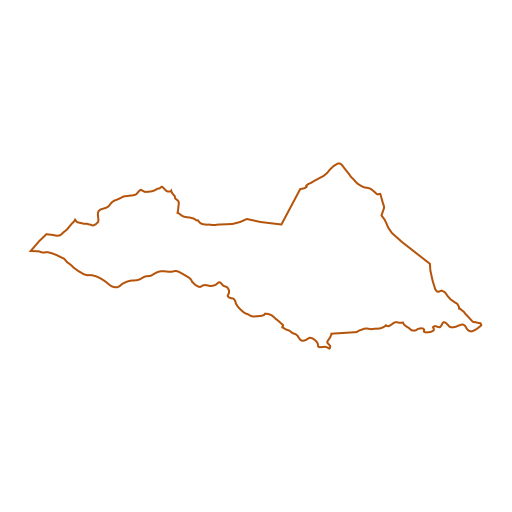 Ti Rocher, Micoud, Saint Lucia (Mercator projection)
{"feature_id": "8701671B31259394762981", "entity_name": "Ti Rocher", "entity_type": "district", "adm_level": 2, "iso_a3": "LCA", "parent_name": "Saint Lucia", "parent_adm1": "Micoud", "projection": "mercator", "projection_center": [-60.927, 13.818], "detail": "fine", "context": "isolated", "style": "outline", "palette": "amber", "viewbox_px": 512, "rotation_deg": 0, "n_neighbors": 0, "source": "geoboundaries", "source_scale": "gbopen_adm2", "svg_char_len": 6035}
<svg xmlns="http://www.w3.org/2000/svg" viewBox="0 0 512 512"><path d="M192.1,281.9L192.9,282.4L193.5,283.2L196.2,285.5L198.8,286.8L199.7,286.9L200.6,286.8L202.8,285.5L203.7,285.2L204.5,285.1L206.7,285.2L209.5,285.9L211.2,286.0L213.8,285.5L215.1,285.0L216.1,284.5L218.1,282.8L218.9,282.4L219.5,282.2L220.3,282.6L221.6,283.8L222.2,284.6L223.4,285.8L226.5,286.9L227.3,287.5L228.0,288.3L228.5,289.3L229.0,290.4L229.0,292.0L228.9,293.1L227.8,295.3L227.8,296.2L228.1,296.6L228.8,297.3L229.4,297.6L230.5,298.0L231.4,298.3L232.3,298.3L233.1,298.6L233.6,298.9L234.5,299.8L235.1,300.8L235.7,302.5L235.8,303.5L236.9,305.0L237.4,306.1L239.1,308.1L240.7,309.7L243.9,312.5L245.1,313.2L246.2,313.7L247.2,314.0L248.6,314.6L249.6,315.3L250.9,315.9L252.0,316.3L253.0,316.4L254.6,316.5L261.6,315.8L263.2,315.3L264.1,314.9L264.6,314.3L265.0,313.7L267.8,313.9L271.1,315.0L271.9,315.4L272.3,315.9L273.7,316.9L275.9,319.1L276.9,319.7L278.7,321.2L280.9,323.2L283.0,325.0L283.1,325.6L282.2,327.1L282.5,327.4L286.5,329.7L288.3,330.2L290.2,331.2L291.4,332.3L293.5,333.6L293.9,333.5L295.2,334.0L296.3,334.7L297.5,335.7L299.7,339.1L300.2,339.7L300.6,340.0L301.4,340.5L302.1,340.7L302.9,340.7L304.2,340.6L306.0,339.9L308.7,338.2L309.6,337.8L310.4,337.8L312.4,338.4L313.5,339.0L315.2,340.3L316.1,341.2L317.1,342.4L317.5,343.1L317.8,344.0L318.2,346.5L318.9,347.1L321.8,347.1L324.3,346.8L325.6,346.9L327.2,347.4L329.4,348.6L329.8,348.1L330.2,347.2L330.2,346.3L330.1,345.9L329.3,344.9L327.5,343.0L327.3,342.4L327.3,341.8L327.6,341.1L328.5,339.7L330.1,337.5L331.3,334.7L331.4,333.7L356.6,332.1L357.8,331.3L359.7,330.3L362.3,329.5L364.1,328.7L366.7,328.5L371.0,329.2L375.2,328.7L378.9,328.6L380.9,328.2L383.3,327.2L385.5,325.9L385.9,325.3L386.7,325.9L387.5,326.1L388.3,326.2L388.8,326.1L390.0,325.5L391.0,324.9L394.0,322.7L395.4,322.3L396.7,322.2L399.0,322.7L400.1,322.8L400.9,322.8L402.9,322.5L403.1,322.8L403.4,323.5L403.8,324.2L404.6,325.1L406.4,326.5L408.9,328.0L411.3,330.1L412.2,330.4L414.1,330.6L415.6,330.4L417.2,329.4L418.1,328.9L420.3,328.4L421.4,328.3L422.3,328.4L423.0,328.6L423.6,329.0L424.0,329.5L424.1,330.3L423.9,331.4L424.1,331.8L424.9,332.2L425.5,332.3L427.9,332.3L429.7,332.1L430.9,331.8L432.1,331.3L433.0,330.8L433.8,330.0L433.9,329.2L433.0,327.2L433.9,326.5L434.4,326.3L434.9,326.1L435.6,326.2L438.8,327.2L439.9,327.2L440.9,326.3L442.4,323.5L443.0,322.7L443.4,322.3L443.8,322.2L444.6,322.3L445.9,323.0L448.1,325.1L448.8,326.0L449.5,326.7L449.9,326.8L451.4,327.3L452.9,327.3L454.3,327.1L456.2,326.6L457.5,326.0L461.2,324.7L462.1,324.5L463.1,324.6L464.4,325.3L465.1,325.9L466.5,328.3L467.9,330.1L469.0,330.8L470.1,331.2L471.1,331.4L471.6,331.4L472.2,331.2L473.7,330.6L476.4,329.2L479.7,326.7L481.3,325.2L480.6,323.3L476.7,322.6L475.5,322.1L473.6,322.1L472.4,321.4L468.3,316.9L465.4,313.9L463.9,311.9L462.0,310.4L460.3,308.9L459.1,308.7L458.9,306.7L457.2,303.7L455.0,302.5L450.7,299.5L447.8,296.3L445.6,293.1L444.2,291.8L441.5,290.6L438.4,291.8L436.7,291.3L435.2,289.1L432.6,280.7L430.4,270.7L429.9,263.8L402.2,242.2L391.9,233.0L388.3,227.8L386.3,223.1L384.6,219.6L381.5,215.5L384.1,207.8L383.9,206.0L382.8,202.8L381.2,197.1L380.5,194.5L380.0,193.8L378.0,194.3L377.5,194.3L376.9,194.1L375.5,192.9L374.6,192.0L372.7,190.4L370.9,189.0L369.8,188.5L367.8,187.9L364.9,187.5L364.1,187.3L361.6,186.2L357.9,183.9L356.1,182.3L353.7,179.5L351.2,177.1L350.2,175.8L349.3,174.4L347.7,172.4L344.2,168.0L342.9,166.2L341.9,165.0L341.2,164.3L340.3,163.7L339.3,163.5L338.6,163.4L337.7,163.6L334.6,165.4L333.3,166.3L330.9,168.6L329.5,170.0L327.4,172.7L325.5,174.3L323.8,175.8L314.9,180.5L310.9,182.9L308.0,184.2L306.2,185.7L306.3,186.5L306.6,186.7L306.5,187.0L305.3,187.7L304.4,188.2L302.8,188.6L300.2,189.1L281.4,224.5L260.5,222.0L246.9,219.0L240.1,222.0L232.4,224.0L217.5,224.6L215.6,225.0L214.7,225.0L212.0,225.0L209.7,224.6L208.6,224.6L207.6,224.7L205.2,224.5L203.5,224.3L202.4,224.0L201.2,223.6L199.6,222.5L198.5,221.1L198.1,220.4L196.9,220.4L196.2,220.2L194.5,219.0L193.6,218.5L192.0,218.1L190.1,217.6L186.1,217.1L183.9,216.7L181.6,215.5L179.2,213.6L177.5,212.9L178.1,210.4L178.3,207.4L178.8,203.7L178.8,202.6L178.6,201.9L178.1,200.9L177.8,200.5L175.5,198.7L175.2,198.3L174.9,197.6L174.8,196.2L173.2,194.5L172.3,193.2L171.4,191.7L171.2,190.7L170.8,191.2L170.3,191.4L169.7,191.5L167.8,191.5L166.7,191.1L165.8,190.4L163.0,187.5L162.3,186.9L161.6,186.8L159.7,188.2L159.0,188.5L157.3,188.8L155.3,190.0L154.0,190.6L152.8,191.0L151.2,191.4L146.8,191.9L145.0,191.9L144.0,191.5L141.5,190.1L141.1,189.9L140.5,189.9L139.1,191.0L136.6,193.9L136.1,194.3L135.6,194.6L134.8,194.9L132.7,195.4L130.0,195.6L127.7,196.0L124.3,196.3L123.4,196.6L119.6,198.5L116.4,199.9L114.5,200.5L112.7,201.7L111.8,202.4L110.7,203.6L109.3,205.5L107.8,206.9L106.0,207.8L100.5,209.5L99.0,210.7L98.5,211.3L98.2,212.1L97.9,213.2L97.9,214.0L97.9,215.1L98.4,219.5L98.4,220.6L98.3,221.3L98.0,222.1L97.7,222.4L96.2,223.8L95.8,224.2L93.8,225.3L92.7,225.5L92.1,225.3L90.6,224.7L88.6,224.3L87.0,223.8L86.3,223.7L85.3,223.8L84.2,223.8L77.6,222.3L77.0,222.0L76.5,221.6L75.1,219.7L74.3,221.2L71.5,224.0L67.5,228.9L66.7,229.8L63.0,232.7L62.0,233.8L60.2,235.2L59.6,235.4L57.9,235.7L56.1,235.7L55.2,235.4L50.8,234.7L46.4,234.2L39.0,241.3L30.7,251.0L39.4,251.4L40.8,252.1L42.2,252.4L43.4,252.5L44.0,252.6L46.0,252.2L47.3,252.2L49.5,252.6L52.5,253.5L56.9,255.2L60.4,257.0L63.8,258.5L65.2,259.9L66.6,261.6L67.4,262.4L70.2,264.4L71.8,265.8L73.9,267.9L78.1,270.9L83.4,274.0L84.6,274.5L85.9,274.9L87.5,275.2L89.6,275.1L91.7,275.2L94.6,275.9L97.1,276.7L100.7,278.5L103.9,280.5L105.1,281.3L110.6,285.7L112.2,286.5L114.0,287.1L116.6,287.3L117.5,287.2L119.7,286.1L121.8,284.2L122.8,283.6L125.2,282.4L127.7,281.4L129.2,281.0L131.7,280.5L133.7,280.5L136.9,280.2L138.2,279.9L140.5,279.0L142.1,278.0L144.5,276.7L146.7,276.2L149.9,276.0L150.9,275.7L152.2,275.0L154.9,273.4L156.8,272.4L159.0,271.6L161.5,271.2L164.9,271.3L168.3,271.7L170.4,271.8L171.8,271.7L175.2,271.0L176.1,271.0L178.0,271.5L179.0,271.9L183.0,274.1L188.9,277.6L190.6,279.1L191.3,280.1L191.7,280.8L192.1,281.9Z" fill="none" stroke="#b45309" stroke-width="2"/></svg>